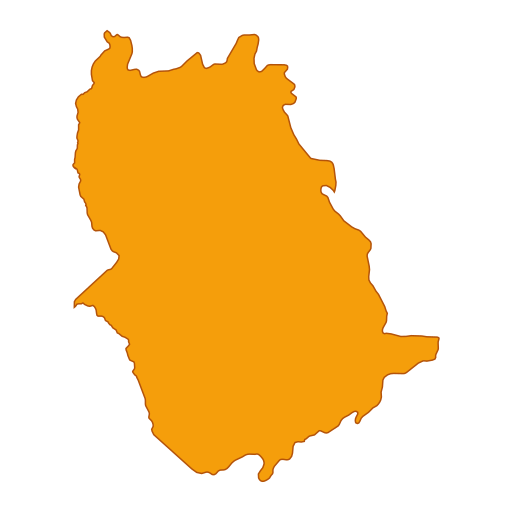 the border of Amazonas
{"feature_id": "VEN-38", "entity_name": "Amazonas", "entity_type": "State", "adm_level": 1, "iso_a3": "VEN", "parent_name": "Venezuela", "parent_adm1": "", "projection": "albers", "projection_center": [-66.172, 3.421], "detail": "fine", "context": "isolated", "style": "filled", "palette": "amber", "viewbox_px": 512, "rotation_deg": 0, "n_neighbors": 0, "source": "natural_earth", "source_scale": "10m", "svg_char_len": 5892}
<svg xmlns="http://www.w3.org/2000/svg" viewBox="0 0 512 512"><path d="M334.3,192.0L333.3,190.4L330.1,187.4L326.4,185.5L322.7,185.8L321.6,186.8L321.0,188.4L320.8,190.1L321.0,191.8L321.9,193.6L323.4,194.5L326.7,196.1L327.9,197.5L329.5,202.2L333.2,209.1L334.8,211.1L338.6,214.1L340.3,215.9L343.8,220.8L351.7,226.9L354.9,228.7L358.8,230.1L360.6,231.3L365.4,237.1L368.9,240.0L370.5,241.8L371.1,243.8L370.9,248.3L370.3,249.7L368.1,252.6L367.3,254.1L367.1,256.1L369.2,266.3L369.5,269.7L368.7,276.7L368.9,280.0L370.4,282.9L373.0,285.9L375.9,291.1L378.5,294.4L384.7,306.5L386.1,310.9L387.3,313.3L386.7,316.1L386.5,320.8L386.1,322.3L383.0,327.9L382.4,329.9L382.5,331.7L383.2,333.1L384.5,333.7L386.3,333.3L391.1,333.9L400.8,336.5L406.1,336.4L411.2,335.7L421.7,336.0L426.9,336.8L437.1,337.1L438.7,337.7L439.0,338.7L438.2,341.6L438.1,342.9L438.3,348.4L438.1,349.6L435.8,354.6L435.6,355.9L435.7,357.4L434.9,359.1L432.4,360.1L426.9,361.1L423.8,360.8L422.8,361.0L418.3,363.1L406.5,372.5L404.8,373.4L403.3,373.6L393.7,373.4L390.6,373.7L387.6,374.8L384.3,377.3L382.9,380.0L382.4,387.0L381.1,392.1L381.4,397.0L380.7,400.0L379.7,402.1L378.4,404.0L376.8,405.7L372.9,407.9L368.5,412.3L362.8,416.4L361.2,418.2L359.7,421.5L358.7,423.0L357.3,423.5L355.7,422.7L355.3,420.8L355.5,418.8L356.1,417.2L357.8,413.9L357.7,412.3L355.9,411.2L354.1,411.5L352.1,412.6L348.7,415.1L344.4,417.3L342.6,418.6L341.0,420.6L339.3,424.3L338.3,425.8L328.0,432.6L326.3,433.0L324.7,432.7L320.6,430.8L319.2,430.7L314.5,434.9L309.7,436.0L308.8,436.5L306.2,438.8L304.7,439.5L304.3,441.4L301.3,442.0L298.0,441.7L295.0,442.5L293.1,446.3L292.5,453.1L291.6,456.4L289.6,459.0L288.0,459.7L286.4,459.8L283.0,459.3L280.9,459.4L279.6,460.1L274.5,466.1L273.6,467.7L272.9,469.7L272.9,472.7L272.5,473.8L271.0,475.5L269.5,478.0L267.7,479.4L265.7,480.5L263.9,481.2L262.1,481.3L260.6,480.7L259.5,479.6L258.6,477.9L258.4,474.0L260.4,470.8L262.8,467.7L264.1,463.9L264.0,462.0L263.5,460.2L262.6,458.6L260.6,456.2L258.8,454.6L257.7,454.1L256.7,454.0L255.0,454.3L249.2,454.1L247.6,454.3L245.6,454.9L242.3,456.9L235.3,460.2L233.7,461.3L231.8,463.0L228.7,466.8L227.0,468.5L225.3,469.5L223.8,469.9L220.2,470.1L218.4,470.9L215.8,473.8L214.0,474.7L212.2,474.5L209.5,472.7L207.9,472.1L206.3,472.1L201.7,473.5L196.7,472.4L191.8,468.9L153.8,434.7L152.1,431.2L151.7,429.3L153.2,426.3L153.1,424.4L152.5,422.4L151.6,420.8L149.1,418.3L148.8,417.2L149.4,413.8L149.0,412.0L145.7,405.7L145.4,404.1L145.4,400.4L145.2,398.7L138.2,380.1L136.8,377.4L136.6,376.5L136.2,375.9L134.7,374.8L132.9,372.3L132.7,371.3L134.4,369.0L134.7,367.6L134.4,363.2L133.9,361.9L129.9,360.1L129.3,359.0L127.9,355.5L127.3,353.0L126.1,349.9L126.0,348.4L128.5,345.8L129.6,344.2L128.6,341.8L128.6,340.3L128.3,339.5L127.7,338.9L124.9,337.2L122.1,336.3L118.9,333.6L117.3,332.9L116.1,330.0L112.8,327.8L111.2,325.3L109.9,324.7L108.6,323.1L108.0,321.9L105.5,320.5L104.4,317.7L103.1,316.6L101.6,316.1L98.0,316.1L97.0,315.3L96.6,313.5L96.1,309.9L95.5,308.4L94.4,306.6L92.9,305.4L89.7,306.3L87.7,305.9L84.4,304.3L83.5,303.3L82.8,303.0L81.3,303.8L78.6,303.8L76.9,304.2L75.5,306.3L74.3,307.3L74.4,301.7L75.7,299.4L107.1,270.4L108.1,269.9L110.7,269.3L111.7,268.6L116.6,262.4L118.7,259.0L119.1,255.6L116.4,252.8L113.3,251.6L112.2,250.8L111.0,249.2L105.6,234.9L103.3,231.9L100.2,230.4L95.6,230.8L94.0,230.0L92.6,228.3L92.0,226.4L91.6,222.3L90.8,220.3L87.6,214.7L87.2,213.0L87.0,207.9L86.3,206.0L85.7,205.7L86.0,204.3L85.4,202.8L84.6,201.9L83.9,199.2L80.8,196.4L80.1,194.8L78.6,187.1L79.1,184.0L80.5,181.3L80.7,180.4L80.5,179.3L79.3,177.5L79.1,176.5L79.7,174.7L79.6,174.0L79.3,173.5L78.0,172.9L77.3,170.0L76.7,168.9L75.2,167.9L75.2,168.4L74.5,167.9L73.3,166.5L73.0,165.6L73.1,164.5L74.6,162.9L74.6,159.5L75.1,157.3L75.4,152.8L75.8,151.0L77.3,148.4L77.4,144.9L78.0,143.3L77.6,142.6L78.0,141.6L78.0,140.6L76.9,138.0L77.0,136.1L77.5,133.0L78.6,129.9L78.6,124.7L79.5,123.3L79.7,122.5L77.5,119.4L77.0,117.8L77.0,116.1L78.1,112.4L77.7,109.1L76.4,106.6L75.6,103.4L76.4,100.0L78.4,96.8L81.4,94.3L83.1,94.3L84.7,92.7L87.1,91.8L89.3,89.7L90.2,89.0L91.1,88.8L91.6,88.4L92.5,85.4L94.0,83.6L94.2,82.6L92.5,80.7L91.4,74.3L91.4,70.6L92.1,67.1L93.4,63.9L95.3,61.0L100.2,56.4L100.9,55.1L104.7,50.9L108.8,49.0L109.8,48.2L110.1,46.8L109.9,44.9L109.3,43.3L107.2,41.8L104.3,37.1L104.2,34.0L104.6,32.9L107.1,30.7L109.6,32.5L110.3,33.4L111.3,35.7L112.9,36.7L113.7,36.7L114.7,36.5L116.5,34.9L117.2,34.5L118.2,35.0L120.1,36.7L121.7,37.3L124.1,37.5L127.6,37.2L129.1,37.7L130.6,40.4L131.9,45.6L132.3,48.5L132.3,51.8L131.9,53.7L127.6,64.1L127.2,67.1L127.4,68.9L128.2,70.0L130.1,70.4L134.5,69.4L136.5,69.2L137.7,69.7L138.7,70.3L139.5,71.3L140.4,74.8L141.0,76.3L142.0,77.1L143.9,77.4L146.2,77.0L147.7,76.3L153.3,73.1L158.7,71.3L168.6,70.9L173.6,69.3L176.2,68.8L180.1,67.4L181.5,66.5L187.1,60.9L197.2,52.6L198.4,52.8L199.1,53.3L200.6,55.4L202.6,64.2L204.3,67.5L205.1,68.1L206.5,68.4L209.0,67.5L210.4,66.8L213.6,64.4L214.8,64.0L221.7,64.3L222.6,64.2L225.3,63.0L226.5,62.0L227.1,60.4L227.4,58.4L236.2,43.4L237.5,40.2L238.8,37.5L242.3,35.4L244.1,35.0L249.5,35.0L254.4,34.5L256.0,35.0L257.9,36.6L258.5,37.9L258.7,39.9L258.1,44.0L257.2,47.3L256.5,51.1L254.9,54.1L254.0,58.3L254.2,63.6L256.4,69.6L257.1,70.6L258.6,71.7L259.2,71.9L261.1,71.6L262.1,71.0L264.9,68.2L267.3,65.5L268.4,65.0L270.3,64.7L284.2,64.8L286.5,65.3L287.5,66.1L287.7,67.3L287.4,69.2L284.4,72.6L284.3,73.9L285.2,76.6L286.1,77.9L287.3,79.0L294.0,84.0L294.7,84.9L294.9,86.8L294.0,89.2L293.6,89.7L291.3,91.2L291.0,91.5L290.9,92.4L291.5,93.4L296.0,96.9L296.3,97.9L296.2,98.8L295.0,102.1L293.9,103.2L292.8,103.8L290.7,104.5L285.4,104.3L283.5,105.2L283.0,105.8L282.4,107.5L282.9,109.3L284.4,112.1L286.8,114.7L287.8,116.0L290.8,127.7L293.8,134.7L296.5,139.1L298.9,144.0L310.5,158.1L311.2,158.5L319.7,160.3L327.0,160.6L329.9,161.1L331.7,162.2L332.7,163.5L333.3,164.9L334.1,168.6L335.4,179.2L336.0,182.1L335.8,185.5L334.8,190.7L334.3,192.0Z" fill="#f59e0b" stroke="#b45309" stroke-width="1.5"/></svg>